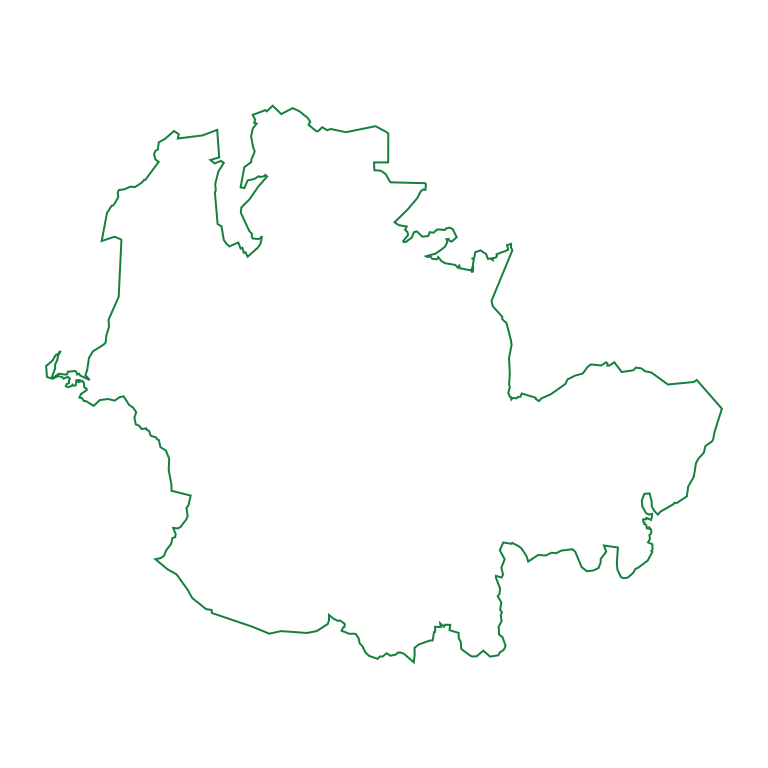 Valle de Bravo, México, Mexico
{"feature_id": "50627088B62549344911498", "entity_name": "Valle de Bravo", "entity_type": "district", "adm_level": 2, "iso_a3": "MEX", "parent_name": "Mexico", "parent_adm1": "México", "projection": "natural_earth1", "projection_center": [-100.12, 19.185], "detail": "fine", "context": "isolated", "style": "outline", "palette": "green", "viewbox_px": 768, "rotation_deg": 0, "n_neighbors": 0, "source": "geoboundaries", "source_scale": "gbopen_adm2", "svg_char_len": 6070}
<svg xmlns="http://www.w3.org/2000/svg" viewBox="0 0 768 768"><path d="M456.7,237.2L452.7,229.1L449.4,227.6L446.1,228.5L444.9,229.9L437.3,229.4L433.5,232.7L429.7,232.2L428.3,236.0L426.2,236.3L422.1,236.6L417.1,231.5L414.1,232.1L411.7,237.6L406.1,241.8L403.6,242.0L403.4,240.7L408.0,235.2L407.5,232.0L405.1,229.8L406.7,226.5L398.9,225.2L394.5,222.3L407.1,210.1L417.2,198.2L420.7,191.4L423.3,189.3L425.4,189.9L425.9,184.3L425.3,183.2L390.4,182.3L385.6,174.1L383.0,172.1L380.3,170.6L374.4,170.3L374.0,162.4L388.2,162.4L388.3,133.5L385.9,131.7L375.5,126.2L346.0,132.2L330.8,129.0L327.1,130.2L322.2,127.2L318.1,131.2L316.4,131.2L308.5,124.8L310.3,121.8L307.7,117.9L299.5,111.3L292.6,108.1L281.3,114.1L272.7,105.7L266.8,111.3L265.6,110.1L252.7,114.9L255.2,119.8L254.2,122.8L256.6,123.6L252.8,128.5L251.1,136.6L253.2,147.5L254.6,150.7L254.2,153.2L251.6,158.8L251.1,162.2L244.3,167.2L240.6,187.3L244.3,188.1L247.7,180.4L254.3,179.0L258.8,176.2L260.1,177.0L264.6,176.1L265.3,174.9L267.1,176.5L258.0,187.0L249.5,199.3L241.4,207.4L240.8,212.8L249.3,231.0L251.9,233.7L251.7,236.7L252.8,238.5L258.3,239.0L260.5,238.2L262.0,236.1L260.5,243.7L258.0,247.5L247.7,256.7L245.4,252.2L243.8,252.8L242.4,247.8L240.6,248.6L238.3,242.5L229.3,246.4L226.4,243.7L223.8,239.9L221.5,226.4L217.6,224.0L214.9,192.4L215.8,190.4L215.2,184.1L218.3,171.7L223.8,162.8L220.9,160.9L214.7,163.4L210.4,160.0L219.2,157.4L217.2,129.8L202.7,135.4L177.8,138.5L178.8,134.3L174.0,131.0L165.0,138.9L158.8,142.3L157.8,149.5L155.4,150.8L154.0,154.4L155.4,159.4L158.7,161.9L145.3,179.9L144.2,179.8L142.0,182.5L135.2,187.0L130.2,186.7L124.8,189.2L118.8,190.1L117.7,192.6L118.3,197.0L114.6,203.6L113.0,205.6L111.7,205.7L107.0,212.9L101.7,241.0L114.6,236.7L120.8,239.3L121.4,240.4L118.7,296.7L108.5,319.9L109.1,326.5L106.3,335.6L105.7,342.3L103.8,344.5L93.0,351.3L89.0,357.9L87.1,370.4L85.4,375.1L89.7,380.0L80.1,375.5L79.2,373.7L77.0,374.5L76.5,372.1L75.1,371.0L67.9,371.7L67.2,374.1L66.1,374.7L58.8,373.7L52.9,377.9L51.7,377.5L55.2,368.2L55.1,364.6L57.4,359.7L58.0,355.5L60.3,351.9L59.6,351.6L58.5,353.6L55.5,355.3L52.5,360.6L46.1,366.0L47.0,376.9L52.5,378.8L58.1,376.1L62.2,377.0L63.4,378.6L68.0,376.9L69.9,378.7L68.8,381.0L69.1,382.9L66.5,384.3L65.9,386.2L68.1,387.2L71.7,386.0L72.5,384.7L73.5,385.7L75.8,385.3L76.4,380.1L79.2,380.1L78.1,381.5L78.7,382.2L82.4,380.8L84.0,383.1L84.2,387.1L86.7,388.9L86.7,390.1L81.0,394.0L79.4,397.6L82.0,398.1L83.9,401.0L85.7,401.0L93.7,405.8L100.0,400.0L108.3,399.0L114.6,400.6L119.4,397.3L123.6,396.3L129.1,404.9L133.2,407.7L136.2,412.2L134.4,417.8L135.8,424.5L139.0,425.6L141.6,429.0L146.2,428.4L146.4,429.6L149.1,431.0L150.7,435.7L156.2,437.5L157.0,439.3L158.9,440.1L160.4,447.1L165.9,450.6L169.2,458.7L168.7,470.2L171.4,484.2L171.6,490.8L190.7,495.6L188.4,505.4L186.5,507.9L187.6,516.4L186.0,519.8L180.4,527.1L177.9,528.4L173.2,527.9L175.7,534.1L175.2,537.1L172.5,538.0L171.1,543.9L166.1,550.5L164.0,555.8L160.7,558.1L155.4,559.2L167.4,569.2L176.6,574.4L187.5,589.6L192.3,598.1L206.1,609.1L211.7,610.0L211.8,613.0L252.6,626.8L269.3,633.7L281.1,631.1L307.0,633.0L316.7,631.1L327.8,624.0L329.0,620.1L329.0,615.0L333.8,618.9L338.0,620.9L340.3,620.5L344.9,624.2L344.3,627.1L343.2,627.3L341.6,630.8L349.4,633.8L355.5,633.7L358.7,638.3L359.6,643.2L362.5,646.3L365.3,652.3L369.1,655.9L377.6,658.8L380.1,656.4L382.5,656.6L386.7,653.3L390.3,655.7L395.6,654.6L398.1,652.5L400.7,652.6L403.7,653.6L413.8,662.3L414.7,654.2L414.5,647.8L418.8,644.5L429.8,640.5L432.6,640.5L434.1,631.9L435.1,631.8L435.1,626.8L440.8,627.1L440.2,623.3L443.9,626.7L445.0,624.7L450.2,624.9L449.5,630.2L458.7,632.9L458.7,638.3L460.7,641.5L461.3,649.0L469.6,655.2L472.1,656.5L476.6,656.3L483.3,650.7L490.1,656.6L498.2,655.3L499.8,652.4L503.7,649.9L505.6,646.0L502.6,637.3L499.0,634.4L498.7,626.7L501.6,621.1L500.8,615.3L501.9,612.2L500.1,609.7L501.4,602.6L497.7,596.2L499.5,594.0L500.1,588.4L495.8,577.4L496.0,575.9L501.6,577.5L503.0,574.8L501.4,567.5L504.7,559.2L499.8,550.3L503.2,542.5L511.6,543.8L512.2,542.9L518.9,546.3L521.7,548.7L526.5,556.1L528.2,561.5L538.1,555.0L545.6,555.5L551.6,552.7L556.2,553.2L561.4,550.6L572.3,549.2L575.2,551.6L581.7,567.2L586.9,571.2L593.3,570.5L598.5,568.0L600.6,562.8L600.7,559.0L606.2,551.7L604.0,545.5L617.9,547.5L616.8,563.2L617.5,569.9L621.0,577.2L623.8,578.2L627.7,577.6L633.1,573.0L635.5,568.7L637.9,567.9L647.7,560.6L652.3,552.0L651.4,550.9L652.6,549.4L652.3,544.2L648.0,542.4L650.0,539.0L649.4,535.0L650.9,533.8L651.4,531.1L650.5,528.7L649.4,528.9L649.2,527.3L646.9,528.4L646.3,525.2L644.2,524.0L644.8,523.0L643.2,521.7L643.1,519.3L646.2,519.3L646.4,517.9L651.1,519.9L652.1,515.9L652.1,513.9L649.2,514.6L646.2,513.3L642.4,506.8L641.8,500.5L644.4,493.8L649.6,493.4L651.7,501.6L651.7,506.3L654.3,510.9L657.9,514.6L660.5,511.6L673.5,504.2L674.3,502.8L676.7,503.0L686.8,496.4L688.2,486.6L693.8,476.7L696.0,463.0L698.5,458.6L703.9,452.6L705.4,446.0L711.8,441.6L713.2,439.3L714.5,432.1L721.9,408.7L696.8,380.0L693.7,382.0L667.9,384.5L651.5,372.6L645.0,371.2L641.4,368.4L635.9,367.6L633.3,370.3L621.7,372.0L614.3,362.3L609.3,365.6L607.3,365.6L607.5,363.6L606.1,362.3L601.1,365.5L591.1,364.4L587.6,366.9L582.8,373.5L575.1,375.6L567.6,379.4L565.3,384.0L550.8,394.3L541.4,398.4L538.9,401.1L535.9,399.1L535.6,397.7L521.8,393.5L520.4,396.7L517.7,397.0L516.7,398.3L512.6,398.0L511.4,399.4L511.0,397.2L509.8,396.7L508.3,392.8L509.9,386.9L509.1,384.8L509.8,373.4L509.0,358.0L511.6,344.9L510.8,339.7L506.5,323.0L502.3,319.3L502.3,316.8L492.8,306.3L491.5,300.9L512.4,250.2L511.0,247.5L511.1,243.9L507.1,245.1L508.2,249.9L496.5,254.3L497.0,255.8L495.9,257.6L492.3,258.2L492.8,260.0L490.0,258.5L487.8,258.8L486.1,254.0L480.5,250.4L475.2,252.2L474.3,257.6L472.5,258.6L473.8,259.6L472.9,264.7L473.3,268.4L472.1,266.2L473.2,269.5L472.9,271.6L471.8,271.8L471.0,269.6L470.4,270.3L460.2,268.3L459.2,265.6L457.9,267.8L455.2,264.9L444.9,263.2L441.2,260.9L438.2,257.0L436.9,259.3L435.6,259.2L432.2,258.8L430.6,256.5L427.3,257.0L426.0,256.3L435.8,253.5L442.7,248.6L445.3,246.2L447.4,241.8L446.4,239.2L448.5,238.9L449.9,241.1L451.8,241.5L456.7,237.2Z" fill="none" stroke="#15803d" stroke-width="2"/></svg>